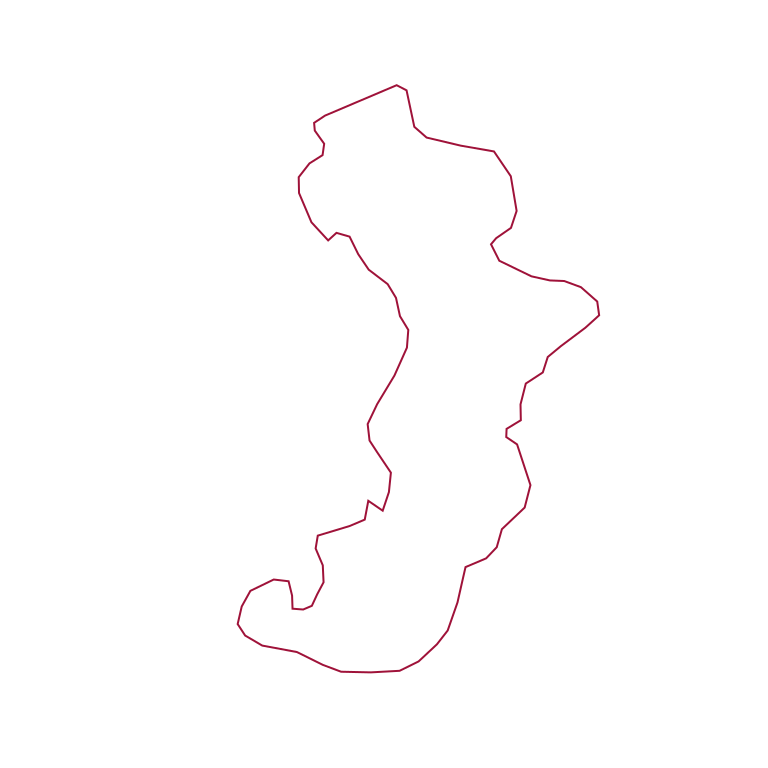 outline of Amanat Al Asimah, rotated 157°
{"feature_id": "YEM-3498", "entity_name": "Amanat Al Asimah", "entity_type": "Governorate", "adm_level": 1, "iso_a3": "YEM", "parent_name": "Yemen", "parent_adm1": "", "projection": "albers", "projection_center": [44.251, 15.453], "detail": "fine", "context": "isolated", "style": "outline", "palette": "rose", "viewbox_px": 768, "rotation_deg": 157, "n_neighbors": 0, "source": "natural_earth", "source_scale": "10m", "svg_char_len": 1270}
<svg xmlns="http://www.w3.org/2000/svg" viewBox="0 0 768 768"><g transform="rotate(157 384 384)"><path d="M481.7,113.9L508.8,123.7L535.9,135.9L550.0,149.3L568.9,171.3L598.3,190.8L610.1,206.7L612.5,220.2L601.9,234.8L587.8,245.8L561.9,247.1L548.9,239.7L551.3,225.1L556.0,212.9L546.5,208.0L537.1,208.0L527.7,216.5L517.1,225.1L511.2,241.0L511.2,259.3L504.2,270.3L471.2,266.7L454.7,266.7L444.1,282.6L434.7,267.9L421.7,282.6L412.3,299.7L417.0,324.1L419.4,337.6L414.7,353.5L398.2,368.1L371.1,387.7L348.7,408.5L340.5,424.3L342.8,440.2L339.3,458.6L341.6,474.5L353.4,495.2L357.0,513.6L358.1,533.1L368.7,541.7L379.3,538.0L387.6,561.2L387.6,593.0L381.7,607.7L366.4,616.2L351.1,618.7L345.2,628.5L348.7,644.3L346.3,651.7L333.4,654.1L300.4,654.1L255.6,654.1L248.5,645.5L255.6,608.9L248.5,594.2L220.2,573.4L191.9,555.1L186.1,525.7L194.3,491.5L206.1,478.1L223.8,474.4L230.9,470.8L229.7,452.4L206.2,425.5L190.8,414.5L177.9,408.4L164.9,396.2L155.5,376.6L159.1,363.2L176.7,357.1L206.2,349.8L222.7,344.9L233.3,332.6L253.3,329.0L266.3,311.9L272.2,297.2L288.7,294.8L292.2,287.4L285.1,276.4L288.7,233.7L302.8,215.3L332.2,204.3L344.0,189.7L358.1,183.6L380.5,183.6L387.6,173.8L401.7,154.2L421.7,132.2L437.0,123.7L460.6,115.1L481.7,113.9Z" fill="none" stroke="#9f1239" stroke-width="2"/></g></svg>